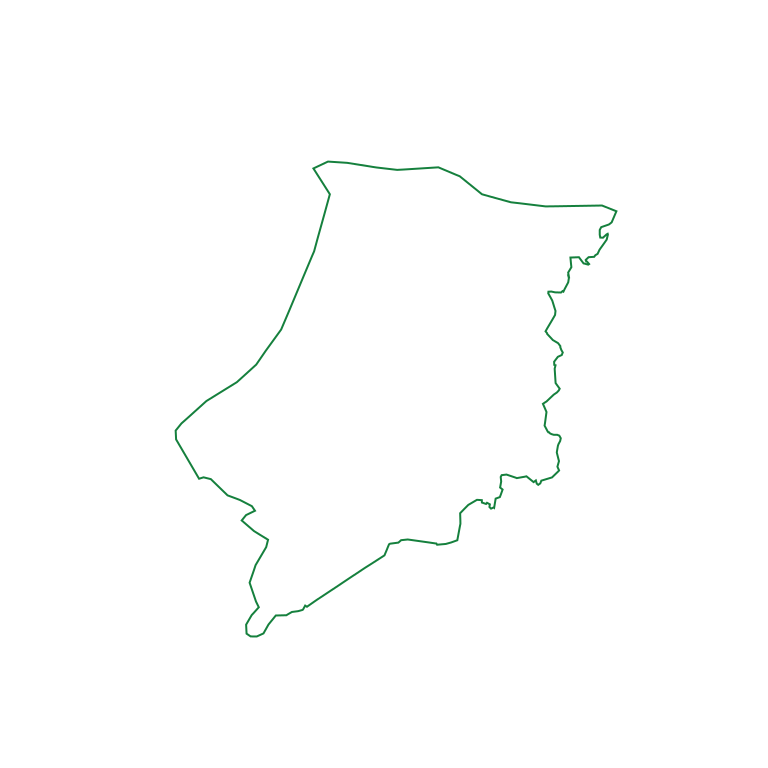 Meinpea-Mahn, Nimba, Liberia, rotated 219°
{"feature_id": "62588387B99870761463073", "entity_name": "Meinpea-Mahn", "entity_type": "district", "adm_level": 2, "iso_a3": "LBR", "parent_name": "Liberia", "parent_adm1": "Nimba", "projection": "mercator", "projection_center": [-9.109, 7.008], "detail": "fine", "context": "isolated", "style": "outline", "palette": "green", "viewbox_px": 768, "rotation_deg": 219, "n_neighbors": 0, "source": "geoboundaries", "source_scale": "gbopen_adm2", "svg_char_len": 3334}
<svg xmlns="http://www.w3.org/2000/svg" viewBox="0 0 768 768"><g transform="rotate(219 384 384)"><path d="M314.3,142.9L314.0,143.9L312.1,148.9L311.8,149.2L307.8,153.4L305.3,156.9L305.0,157.7L305.8,162.2L303.7,162.4L301.5,170.1L300.3,174.2L296.0,187.8L291.1,203.5L288.5,211.9L283.0,229.4L281.0,235.3L275.8,251.1L277.6,257.3L278.3,259.5L279.2,262.6L278.8,263.7L273.0,269.8L272.4,273.4L272.1,273.7L267.7,278.1L267.2,278.4L249.4,289.1L245.0,291.7L243.1,292.8L242.9,293.0L241.6,292.5L238.3,295.7L235.3,298.6L232.1,303.1L228.7,308.7L235.9,322.0L236.6,323.4L238.6,325.8L243.5,331.5L243.0,337.2L242.4,343.1L238.9,352.4L238.7,352.6L234.9,355.3L233.3,353.5L229.2,355.0L229.2,356.5L226.0,357.1L224.7,354.8L224.3,354.7L222.4,354.5L221.1,357.1L220.5,357.1L225.1,365.2L222.8,369.0L223.5,371.2L225.4,376.6L228.6,376.6L231.6,382.0L234.8,385.2L235.2,387.2L232.3,390.2L231.8,390.7L222.4,394.2L221.6,394.4L216.3,400.5L215.2,401.9L211.4,401.9L206.0,401.9L205.3,404.6L202.6,402.7L200.7,402.7L200.5,403.4L200.0,405.1L200.9,407.9L194.6,417.2L194.6,417.4L194.4,419.1L193.6,425.6L193.5,427.0L196.3,428.4L197.2,428.9L199.5,434.2L201.0,435.3L206.6,439.5L207.2,440.5L210.0,445.5L210.6,447.3L211.2,450.5L212.5,453.1L215.3,454.2L215.8,454.0L217.5,453.5L220.0,451.4L222.2,450.5L223.9,450.1L225.6,450.3L225.9,449.9L226.9,450.1L233.0,452.7L234.5,455.3L240.1,464.5L243.9,466.5L248.0,468.6L247.2,471.3L246.7,472.7L246.4,475.1L245.4,482.5L245.0,483.9L244.3,486.2L244.1,489.0L244.5,490.9L244.9,491.0L251.2,492.7L261.0,503.3L262.5,506.5L263.7,506.0L265.8,508.4L266.0,514.5L264.1,518.4L264.4,519.3L264.9,521.0L267.5,522.0L270.1,523.5L270.8,524.4L274.4,525.3L280.5,524.4L281.0,524.5L288.7,525.6L289.2,526.1L291.6,526.6L292.2,530.1L293.7,540.3L294.5,545.3L296.7,548.7L300.2,551.0L302.7,552.7L305.7,554.7L309.3,556.2L313.4,557.8L314.1,558.9L314.3,559.2L312.2,561.1L308.7,562.9L304.0,566.5L303.7,568.6L302.7,568.7L303.3,571.2L304.8,578.9L307.0,582.7L308.5,583.8L308.0,583.9L311.0,586.5L311.9,592.7L312.0,592.8L314.4,595.2L314.8,595.6L318.7,599.6L312.3,605.2L304.8,603.3L304.1,603.7L302.2,604.5L300.4,605.3L300.1,606.3L303.4,606.9L304.0,606.5L304.8,607.2L305.3,607.3L305.3,607.6L304.8,611.3L300.7,615.1L300.8,617.1L299.9,619.5L300.9,623.6L301.0,623.9L301.1,625.3L301.5,631.9L301.8,636.3L304.0,641.0L304.7,641.5L305.2,640.3L305.9,635.5L308.1,633.9L310.3,635.8L313.3,639.5L313.9,642.6L309.6,649.5L309.2,651.1L308.8,652.9L312.1,664.5L326.9,659.9L341.1,648.0L362.0,630.5L370.2,623.7L392.5,609.7L399.7,605.1L418.0,597.1L427.3,593.1L455.9,593.1L459.8,591.9L478.1,586.6L503.2,563.5L508.5,558.7L526.0,547.6L529.4,545.6L532.4,543.9L551.8,532.7L567.5,521.6L567.9,520.8L574.5,507.1L545.5,497.4L537.1,478.2L527.5,456.0L521.8,443.1L520.5,438.4L514.3,417.1L504.0,381.9L498.2,361.6L496.8,335.2L496.6,332.7L495.5,318.6L495.7,317.4L498.5,299.2L499.5,292.8L500.3,290.5L500.7,289.4L511.3,259.0L515.6,231.9L516.6,225.9L516.6,216.7L510.7,210.1L468.1,194.0L465.5,197.9L458.7,201.1L435.5,199.0L426.3,202.1L422.9,203.2L409.8,205.9L404.5,204.3L408.7,195.3L408.7,192.0L408.7,188.4L392.4,187.9L385.2,188.8L376.1,190.0L372.9,183.1L370.8,169.1L369.8,162.4L367.9,157.4L364.6,148.3L363.4,145.0L346.6,134.4L340.8,131.7L341.2,123.8L341.4,121.2L339.7,110.2L333.7,103.5L328.8,103.9L324.0,107.7L320.7,114.3L322.4,124.4L322.4,126.7L322.4,136.0L314.3,142.9Z" fill="none" stroke="#15803d" stroke-width="2"/></g></svg>